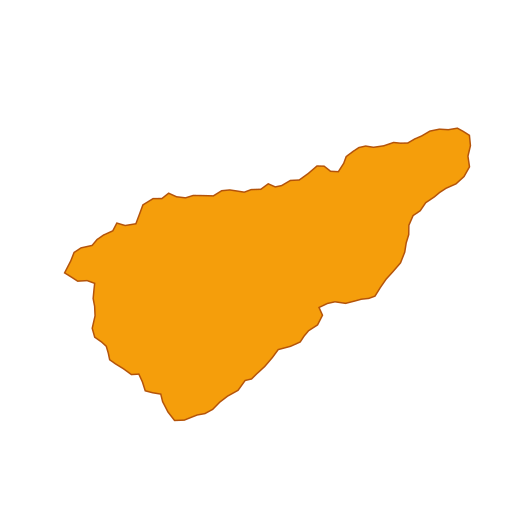 outline of Chapadão do Lageado, Santa Catarina, Brazil, rotated 197°
{"feature_id": "56859067B87802320520562", "entity_name": "Chapadão do Lageado", "entity_type": "district", "adm_level": 2, "iso_a3": "BRA", "parent_name": "Brazil", "parent_adm1": "Santa Catarina", "projection": "albers", "projection_center": [-49.558, -27.587], "detail": "fine", "context": "isolated", "style": "filled", "palette": "amber", "viewbox_px": 512, "rotation_deg": 197, "n_neighbors": 0, "source": "geoboundaries", "source_scale": "gbopen_adm2", "svg_char_len": 1687}
<svg xmlns="http://www.w3.org/2000/svg" viewBox="0 0 512 512"><g transform="rotate(197 256 256)"><path d="M431.0,206.2L431.7,197.2L434.1,183.9L425.8,181.7L419.2,179.8L410.3,183.1L402.3,182.7L401.0,176.0L399.3,167.7L395.6,160.7L392.4,151.7L391.5,139.0L386.5,131.2L378.5,128.6L372.8,125.9L368.9,120.0L365.6,114.0L359.0,111.8L350.1,109.5L340.5,106.2L333.5,108.8L327.9,102.5L322.5,94.7L314.9,95.0L306.7,96.1L302.7,89.4L294.6,81.1L285.8,74.9L276.6,78.1L271.0,82.6L265.7,86.8L258.7,90.4L252.5,96.8L247.9,105.7L242.2,113.7L233.9,122.3L230.0,133.8L224.3,137.1L220.9,143.5L215.4,152.8L210.7,163.6L207.4,173.0L196.6,179.7L188.6,186.7L186.6,193.5L183.9,199.9L177.0,208.1L175.1,218.8L180.7,225.2L173.8,231.5L167.1,235.3L156.5,236.9L148.6,241.7L142.6,245.5L135.8,248.4L130.5,252.4L127.8,262.5L124.8,271.9L120.6,280.8L115.8,291.7L114.9,303.2L116.2,312.5L116.2,321.1L118.8,330.1L117.6,340.6L112.2,347.3L109.3,356.6L102.7,364.7L99.0,370.4L94.1,376.3L85.8,383.5L80.3,392.8L77.9,403.7L82.5,413.4L83.2,424.2L87.2,433.8L94.5,435.8L100.8,437.1L109.0,433.0L117.7,430.9L126.2,426.3L132.7,419.2L138.4,414.4L143.9,408.4L150.9,406.1L157.6,404.8L166.1,398.7L175.4,394.3L183.3,393.2L189.3,389.8L193.6,384.6L198.8,377.5L199.2,370.3L201.9,360.7L209.5,358.8L217.1,361.8L224.0,359.9L230.2,350.1L236.9,341.3L245.2,338.3L252.1,330.8L257.8,327.7L265.4,328.6L270.9,321.2L280.0,318.1L285.9,313.6L293.1,312.6L300.4,311.5L307.9,308.4L314.4,301.0L324.9,298.1L333.8,295.5L340.4,291.0L349.3,289.4L357.9,290.5L362.8,283.4L371.2,280.8L379.1,271.8L379.7,261.0L380.3,251.7L390.0,246.9L398.7,246.8L400.3,238.2L407.9,231.5L412.8,225.3L415.8,218.2L425.7,212.6L431.0,206.2Z" fill="#f59e0b" stroke="#b45309" stroke-width="1.5"/></g></svg>